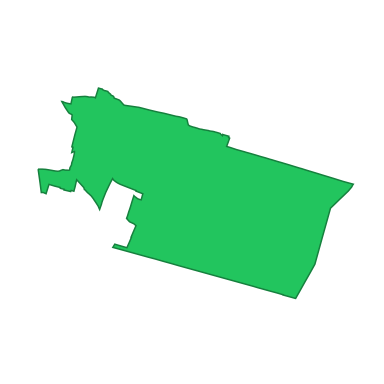 Rayón, México, Mexico (Mercator projection), rotated 14°
{"feature_id": "50627088B92517734283443", "entity_name": "Rayón", "entity_type": "district", "adm_level": 2, "iso_a3": "MEX", "parent_name": "Mexico", "parent_adm1": "México", "projection": "mercator", "projection_center": [-99.574, 19.139], "detail": "fine", "context": "isolated", "style": "filled", "palette": "green", "viewbox_px": 384, "rotation_deg": 14, "n_neighbors": 0, "source": "geoboundaries", "source_scale": "gbopen_adm2", "svg_char_len": 3638}
<svg xmlns="http://www.w3.org/2000/svg" viewBox="0 0 384 384"><g transform="rotate(14 192 192)"><path d="M37.4,207.6L39.3,212.3L42.6,220.5L45.9,229.0L46.8,228.7L47.8,228.5L48.5,228.6L49.8,228.8L50.8,229.0L51.4,219.2L57.3,219.5L63.0,219.5L63.1,220.1L63.3,220.3L67.3,220.3L67.3,221.0L74.2,220.9L74.4,219.7L77.2,219.8L77.3,215.4L77.1,208.0L81.7,211.0L86.0,213.9L87.0,215.7L87.5,215.7L88.0,216.0L88.5,216.3L89.5,217.1L90.4,217.6L90.7,217.8L91.4,218.2L92.1,218.5L93.0,219.0L94.1,219.6L95.2,220.2L95.9,220.8L96.6,221.3L97.4,222.0L98.2,222.6L98.6,223.1L101.1,225.3L102.9,227.0L104.1,228.1L104.7,228.8L106.1,230.7L106.6,231.3L106.7,230.1L106.9,227.9L107.1,226.0L107.1,223.9L107.3,221.5L107.8,217.6L108.4,213.2L108.9,210.7L109.9,205.8L110.6,202.6L111.7,198.2L112.9,199.3L115.2,200.4L117.5,201.2L120.5,201.9L125.0,202.5L131.2,203.3L137.4,204.1L137.4,204.7L144.7,205.6L144.6,211.9L142.6,211.9L141.1,211.7L140.2,211.4L138.9,210.8L137.4,210.2L136.5,209.6L136.1,216.2L135.9,220.6L135.7,223.7L135.4,226.9L135.3,229.2L135.2,231.1L135.0,232.5L134.9,233.4L135.6,233.7L135.6,234.0L138.6,236.0L143.3,236.9L145.8,238.2L143.8,250.6L144.2,250.7L143.3,256.2L142.3,261.8L133.9,261.5L129.7,261.3L128.6,264.9L129.0,264.9L137.8,265.1L145.6,265.3L149.5,265.4L153.4,265.5L161.1,265.7L165.0,265.8L172.8,265.9L180.8,266.2L184.8,266.3L188.8,266.4L196.8,266.7L204.8,266.9L212.5,267.1L220.3,267.3L224.2,267.4L228.0,267.5L235.8,267.7L239.7,267.8L247.4,268.0L255.2,268.2L262.9,268.4L266.8,268.5L274.6,268.7L278.5,268.9L282.3,269.0L290.1,269.2L294.7,269.3L299.4,269.4L304.0,269.6L305.2,269.6L305.2,269.9L309.3,270.0L313.4,270.1L317.5,270.2L318.3,270.2L320.8,261.2L323.3,252.0L326.0,242.4L328.7,232.4L329.5,201.8L330.1,181.4L330.3,174.2L334.0,168.3L336.7,163.9L339.7,159.2L343.4,153.3L345.7,148.6L346.2,146.5L346.6,145.4L341.3,145.3L336.5,145.2L331.1,144.9L326.3,144.6L320.3,144.3L314.3,144.0L309.0,143.7L302.9,143.4L296.9,143.1L292.4,142.8L290.8,142.8L285.1,142.5L279.6,142.2L272.8,141.9L270.9,141.8L269.7,141.8L263.1,141.5L261.5,141.4L259.9,141.4L254.8,141.1L250.3,141.0L244.2,140.7L239.2,140.5L234.7,140.4L233.1,140.3L225.0,140.1L218.6,139.6L214.6,139.4L215.5,130.6L215.3,130.5L214.9,130.4L214.3,130.3L214.3,129.0L208.4,128.8L207.9,128.7L207.9,128.9L207.9,130.0L205.7,128.9L205.3,128.4L203.8,128.3L201.8,128.2L200.0,128.2L198.5,128.1L197.0,128.2L195.6,128.4L194.1,128.5L193.1,128.4L188.0,128.8L186.4,128.8L184.7,129.0L183.3,129.0L181.8,128.8L180.8,128.8L179.5,128.7L176.9,128.7L173.7,128.4L172.2,127.8L171.1,125.8L169.8,123.2L169.1,122.4L166.0,122.2L162.1,122.1L160.1,122.2L158.2,122.4L151.7,122.4L145.7,122.4L139.2,122.7L130.4,122.8L122.9,122.7L119.8,122.7L119.2,122.8L112.2,123.5L108.4,123.9L105.2,124.2L103.5,123.2L100.4,121.0L98.9,120.3L97.0,120.1L95.4,119.9L93.8,119.8L93.4,119.0L92.8,118.3L91.9,117.9L90.2,117.7L89.3,116.8L86.8,115.6L86.0,114.8L83.6,114.7L82.6,114.8L80.8,114.4L80.0,113.8L78.2,113.9L77.7,113.8L76.1,113.8L75.5,124.0L74.5,123.7L74.4,123.7L71.2,124.2L69.3,124.8L67.3,124.8L65.1,125.1L60.9,126.4L54.4,128.6L53.2,128.7L53.0,129.1L53.2,135.8L51.1,136.0L49.0,136.1L46.6,136.0L44.7,135.6L43.8,135.7L44.8,136.8L46.0,138.0L48.5,140.7L52.7,144.5L53.8,145.3L56.2,145.8L57.1,146.3L57.7,150.8L58.8,151.5L60.9,153.0L64.7,156.8L64.7,158.1L64.5,164.9L64.5,177.3L64.8,177.4L65.7,177.4L65.8,182.8L67.2,181.7L68.2,181.1L68.3,181.3L68.6,184.7L68.6,187.2L68.6,189.6L68.3,192.8L68.5,195.2L68.1,196.4L67.8,197.7L67.7,198.4L68.0,200.0L67.5,200.6L65.7,201.0L64.1,201.4L62.4,201.5L61.4,201.5L59.6,202.7L58.2,203.8L56.5,204.4L54.2,204.7L48.5,205.1L44.8,205.4L41.5,206.0L39.3,206.5L38.0,206.9L37.7,206.9L37.4,207.6Z" fill="#22c55e" stroke="#15803d" stroke-width="1.5"/></g></svg>